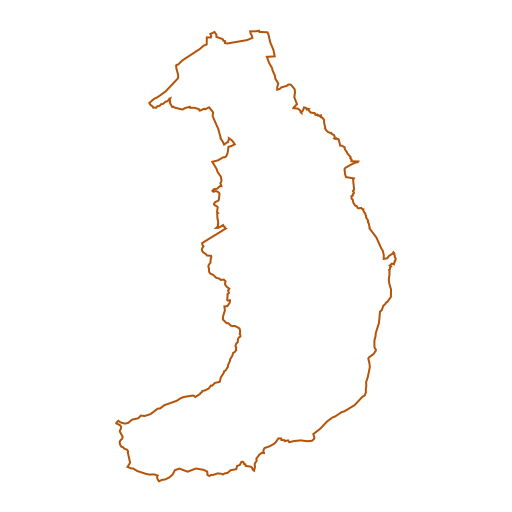 Calatele, Cluj, Romania (Mercator projection)
{"feature_id": "2599482B49338530714290", "entity_name": "Calatele", "entity_type": "district", "adm_level": 2, "iso_a3": "ROU", "parent_name": "Romania", "parent_adm1": "Cluj", "projection": "mercator", "projection_center": [23.02, 46.749], "detail": "fine", "context": "isolated", "style": "outline", "palette": "amber", "viewbox_px": 512, "rotation_deg": 0, "n_neighbors": 0, "source": "geoboundaries", "source_scale": "gbopen_adm2", "svg_char_len": 6067}
<svg xmlns="http://www.w3.org/2000/svg" viewBox="0 0 512 512"><path d="M264.0,453.0L263.4,451.0L263.6,449.7L264.6,448.0L269.6,446.3L273.9,443.9L275.5,442.5L278.4,438.4L281.2,438.5L281.4,440.0L284.5,440.2L284.8,441.1L288.1,440.4L289.2,442.2L294.2,441.0L300.8,440.4L307.3,441.2L312.0,440.8L314.1,438.8L314.4,437.6L313.3,434.1L319.9,429.0L327.2,421.4L332.1,417.7L335.4,416.3L341.7,412.1L344.3,411.4L354.6,405.1L362.1,397.1L364.8,395.3L365.9,392.2L365.8,389.4L366.3,385.7L366.1,382.2L367.8,377.0L369.8,367.3L369.6,364.3L368.3,358.6L369.0,357.3L373.4,354.2L375.8,350.7L375.9,349.7L374.7,347.9L374.4,346.4L374.4,340.6L375.5,336.4L375.8,333.0L379.0,322.8L380.0,311.7L381.8,310.1L383.3,305.8L385.3,304.0L386.3,302.3L387.3,302.0L390.9,296.9L391.0,289.5L389.1,282.8L388.8,279.1L389.6,273.8L389.3,273.0L389.7,271.4L389.0,270.1L389.9,269.4L390.0,267.7L391.1,266.5L389.7,265.6L391.9,263.6L393.9,264.3L394.1,263.1L394.7,262.3L394.6,261.0L395.4,260.5L395.7,258.6L394.7,256.9L394.8,255.5L394.1,254.5L394.4,253.6L393.4,252.3L392.5,253.7L389.1,255.8L387.2,258.3L383.7,258.9L383.8,255.2L382.8,250.8L381.3,248.5L376.5,237.7L369.4,228.2L369.6,227.5L368.8,223.6L367.8,221.9L368.2,221.3L367.9,220.2L366.1,217.5L366.1,215.9L365.5,215.0L365.3,213.4L364.4,212.7L363.2,210.2L363.4,209.3L362.1,209.0L361.2,207.9L358.7,208.3L357.7,208.0L356.8,206.2L355.2,205.7L353.3,202.6L352.7,199.6L351.6,198.7L351.4,196.2L352.8,195.6L352.8,194.1L353.7,193.6L353.9,192.5L352.9,191.0L354.1,189.7L353.1,179.6L353.9,178.4L346.0,177.1L345.1,174.3L344.5,169.2L345.4,167.8L350.5,164.9L355.2,162.6L357.7,162.3L358.2,161.5L351.4,161.2L351.6,159.5L350.3,158.4L350.7,157.2L347.4,153.5L346.7,151.8L345.2,149.8L344.6,148.3L344.7,147.3L342.2,145.9L340.2,145.6L338.7,139.5L338.1,139.0L337.2,139.2L336.5,138.3L335.2,138.9L334.2,138.4L334.9,137.5L334.1,135.1L332.0,134.1L331.2,132.9L330.6,133.1L327.9,131.9L326.5,130.6L324.9,128.1L325.2,127.3L324.1,122.8L324.1,119.9L322.2,117.5L320.8,117.2L320.9,115.4L319.3,116.0L318.6,115.2L318.0,115.5L317.1,114.5L316.7,115.0L315.4,114.8L314.7,113.1L310.7,112.6L308.2,109.7L308.8,109.0L307.6,108.8L306.7,109.4L306.0,107.9L304.0,107.4L303.0,110.4L301.3,112.3L301.4,112.9L300.7,112.3L300.2,110.5L297.8,108.6L293.4,108.2L293.9,107.2L297.0,104.2L294.3,97.2L295.0,92.5L294.7,89.3L291.3,85.1L290.1,84.5L288.2,84.6L286.7,85.9L281.3,87.4L279.7,88.9L277.2,89.7L277.2,87.0L278.3,83.5L275.4,78.9L274.9,75.6L272.6,70.5L271.9,67.7L269.1,63.0L266.9,56.8L274.7,56.4L273.5,50.2L270.0,41.7L268.6,34.9L267.5,32.3L259.3,31.9L259.0,30.7L255.6,31.3L250.2,31.3L250.5,33.2L251.8,35.6L252.4,37.9L247.0,40.1L227.2,43.5L224.9,43.0L225.1,41.2L223.3,40.7L223.0,39.5L222.1,38.9L216.4,36.9L216.4,34.8L214.5,32.0L210.3,34.0L211.3,36.2L210.9,37.5L206.8,37.4L206.7,44.4L203.6,45.7L199.8,49.0L182.2,60.5L178.1,64.6L176.5,64.9L176.1,65.5L176.3,68.0L178.1,74.8L178.2,77.4L177.7,78.6L165.5,91.5L157.7,97.1L154.0,98.9L149.3,103.0L150.4,104.8L152.8,106.6L153.2,107.7L156.2,107.7L157.3,106.3L159.8,105.8L160.9,104.3L163.0,103.9L165.5,101.7L167.6,101.2L169.4,98.7L170.3,98.3L169.6,100.2L170.2,101.3L169.9,102.8L172.3,107.1L173.2,106.7L174.4,107.5L180.5,109.1L182.7,109.5L185.2,108.0L189.8,106.8L190.0,107.8L194.4,107.8L198.8,109.1L199.6,110.6L200.1,110.6L204.2,108.7L205.1,109.3L209.2,107.3L213.1,112.4L212.6,116.1L218.3,129.1L220.7,137.9L220.5,138.4L222.6,141.4L224.1,144.6L226.7,142.6L227.9,142.3L228.8,139.4L228.8,138.2L232.1,140.5L234.8,144.3L231.0,146.2L228.5,146.8L227.6,152.9L226.2,156.4L224.4,157.3L223.2,157.3L218.1,160.3L212.3,161.8L216.6,169.0L217.7,172.2L220.8,176.6L221.5,180.6L221.2,182.0L220.4,183.2L221.4,186.2L219.8,186.2L217.2,188.7L214.0,189.2L212.4,190.8L213.4,191.8L215.3,191.1L217.4,191.5L219.1,192.8L219.5,194.1L218.8,199.8L218.4,200.6L215.0,202.2L214.0,203.9L214.3,204.9L217.3,206.6L217.7,207.4L217.0,211.7L217.9,212.9L217.2,213.0L217.4,218.7L217.7,218.8L218.3,223.9L217.9,224.1L218.0,226.2L216.2,227.9L218.6,227.8L223.0,225.1L223.3,226.2L224.5,226.6L224.8,227.9L225.8,228.5L202.2,243.0L202.5,245.2L203.5,246.3L202.1,248.3L202.0,249.4L202.1,250.6L203.1,252.3L206.1,254.3L206.9,255.5L211.0,255.8L211.3,257.2L210.7,258.9L210.5,262.4L208.7,265.0L208.3,266.8L208.9,268.0L209.1,271.8L210.3,273.6L213.3,274.9L216.0,277.7L219.4,278.7L220.6,279.9L223.7,279.6L225.6,281.3L224.9,283.9L225.5,285.1L226.8,286.8L229.3,288.7L228.1,290.5L229.0,292.9L227.4,294.3L227.6,295.4L227.2,299.9L227.9,300.6L229.9,300.2L230.0,301.4L229.5,303.0L227.3,306.2L224.4,306.4L224.9,310.4L223.0,316.5L222.9,319.5L226.6,323.2L228.3,323.2L230.6,325.4L232.2,326.1L235.0,326.0L239.3,328.3L240.0,329.9L240.1,332.6L239.7,333.9L240.3,334.7L240.4,336.5L238.9,337.4L237.9,339.3L237.8,342.0L236.2,343.7L235.6,345.4L235.5,346.4L236.3,347.6L235.9,349.1L236.2,350.1L234.8,351.9L233.1,353.0L232.3,355.8L230.1,359.4L230.1,360.4L228.0,365.3L227.9,366.8L225.6,370.4L224.0,371.4L223.8,372.8L220.9,377.2L219.7,381.9L214.9,382.9L212.2,385.7L211.0,385.5L208.7,388.5L205.3,390.3L202.3,391.0L202.0,392.0L200.5,393.0L200.1,393.9L195.3,397.0L193.6,395.6L192.4,395.6L183.7,397.0L180.7,398.2L176.7,400.8L164.3,405.2L160.2,408.4L157.6,408.7L150.6,414.1L144.6,416.0L140.9,415.6L138.2,418.3L132.2,419.6L128.0,423.0L124.9,423.6L120.4,422.4L118.3,420.8L116.5,422.6L116.3,423.4L120.0,425.2L121.1,426.6L121.1,428.1L119.9,430.6L119.9,431.7L122.7,436.9L122.2,438.6L120.2,440.7L119.6,442.1L120.1,444.6L121.3,446.7L123.0,447.2L124.5,448.8L127.0,449.7L128.2,451.5L127.8,452.5L130.1,462.7L127.5,466.9L131.0,468.4L133.2,468.5L137.2,471.0L146.1,473.9L149.3,474.6L154.1,474.4L157.7,475.6L157.2,476.6L157.2,477.9L157.6,479.2L159.0,481.3L161.9,479.9L165.3,479.4L169.3,477.4L172.6,474.6L174.9,470.2L179.4,468.6L187.6,471.7L195.9,468.5L203.4,469.8L207.2,471.6L207.5,475.0L209.4,476.0L211.0,475.0L213.3,474.9L217.6,473.4L222.1,473.9L222.9,474.5L224.7,473.4L227.6,472.9L230.6,470.2L236.2,469.2L237.1,465.9L239.8,465.0L241.3,462.0L242.8,461.7L243.6,462.3L243.8,463.8L245.5,464.4L245.6,465.9L250.8,466.7L251.9,467.5L253.0,469.9L254.1,470.7L255.0,466.7L254.7,465.0L254.9,463.5L256.7,460.7L256.3,458.7L259.4,454.6L261.9,452.8L264.0,453.0Z" fill="none" stroke="#b45309" stroke-width="2"/></svg>